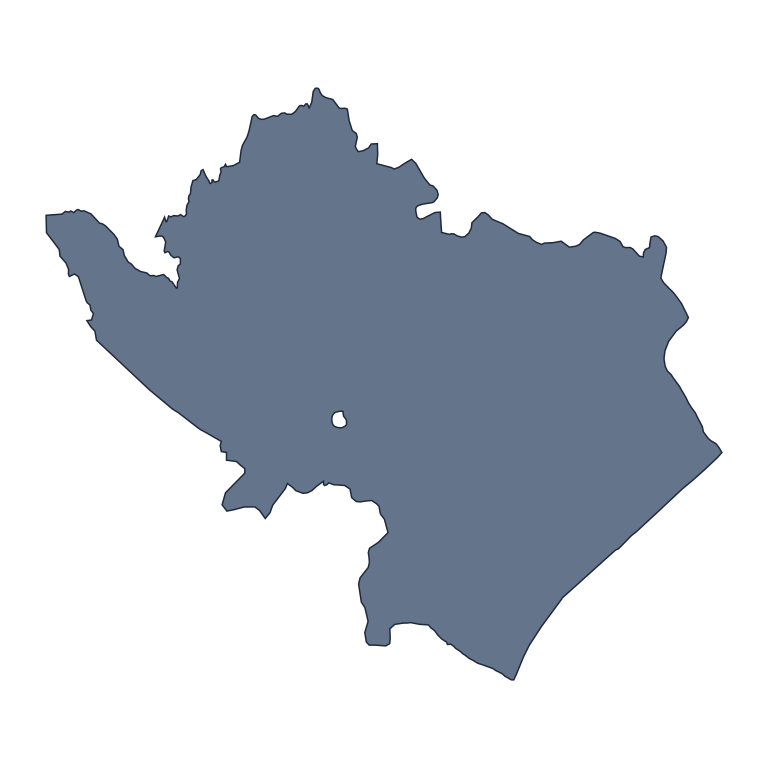 the district of Djugu, Orientale, Democratic Republic of the Congo
{"feature_id": "63176286B65133649587609", "entity_name": "Djugu", "entity_type": "district", "adm_level": 2, "iso_a3": "COD", "parent_name": "Democratic Republic of the Congo", "parent_adm1": "Orientale", "projection": "natural_earth1", "projection_center": [30.241, 1.883], "detail": "fine", "context": "isolated", "style": "filled", "palette": "slate", "viewbox_px": 768, "rotation_deg": 0, "n_neighbors": 0, "source": "geoboundaries", "source_scale": "gbopen_adm2", "svg_char_len": 5463}
<svg xmlns="http://www.w3.org/2000/svg" viewBox="0 0 768 768"><path d="M361.4,602.2L364.9,607.6L368.1,621.3L364.8,632.6L366.3,642.0L369.2,645.1L374.7,645.1L385.7,645.9L389.7,643.6L390.2,638.3L389.8,628.9L394.7,624.4L403.1,623.1L407.6,623.0L410.5,622.6L419.6,624.3L428.4,624.9L430.9,627.8L434.6,630.6L437.6,634.9L442.0,639.2L446.6,642.1L447.4,644.5L451.0,644.2L454.0,646.6L455.7,648.4L457.7,649.7L460.3,651.4L462.7,653.7L465.1,655.2L469.4,658.5L473.3,660.5L477.9,663.3L483.6,665.1L487.0,666.4L493.1,668.6L495.5,670.4L502.2,673.7L504.9,676.2L511.2,679.8L513.7,679.9L516.2,674.7L523.7,656.4L529.3,645.2L541.5,626.4L561.6,599.2L562.1,598.1L609.4,555.5L615.7,549.9L618.5,548.8L631.5,535.5L635.8,532.2L656.8,512.8L682.2,489.0L692.2,480.7L704.7,469.6L717.6,457.4L721.9,452.5L718.9,447.5L716.0,443.7L711.0,440.8L708.1,438.3L703.4,431.9L702.3,426.5L697.6,417.6L695.4,413.0L691.4,407.5L688.5,402.9L685.6,397.0L681.6,390.2L679.5,386.4L673.3,378.0L671.1,374.6L667.5,371.1L667.4,371.0L665.1,366.2L664.0,358.7L664.5,354.5L664.9,351.0L668.6,341.4L676.3,331.0L683.4,325.2L686.4,321.7L688.4,317.5L681.6,303.7L676.5,296.6L673.0,292.2L669.2,288.5L663.6,282.7L660.8,278.0L663.8,263.6L664.5,260.6L666.1,252.9L666.5,247.3L663.0,240.9L658.2,236.6L654.7,235.8L651.0,237.1L649.8,244.1L649.5,247.6L645.3,249.5L643.5,252.8L643.3,257.0L639.3,256.1L632.9,249.0L630.2,247.5L625.4,247.6L623.0,246.7L620.0,241.4L615.2,238.4L600.0,233.1L595.5,232.3L593.4,232.4L583.4,239.9L579.7,244.4L576.0,246.1L569.4,247.2L561.2,241.2L552.9,242.7L544.3,243.1L541.7,244.5L536.5,242.4L532.4,239.7L529.7,236.5L518.3,233.4L502.8,223.7L496.9,221.3L492.1,219.2L488.6,215.2L484.8,212.5L481.4,212.9L478.0,216.8L471.9,222.8L471.3,228.1L468.8,233.1L464.8,236.7L461.7,237.1L457.7,236.1L453.8,233.9L451.4,233.7L449.3,234.4L443.5,232.9L441.6,232.6L440.6,218.1L440.3,212.1L435.0,212.5L426.3,216.9L423.4,218.5L419.9,219.3L417.0,217.1L415.9,211.9L415.7,208.9L416.4,207.0L418.0,205.7L422.9,204.1L432.4,202.6L434.4,201.4L437.3,197.8L438.2,194.7L437.0,190.3L433.0,185.9L429.9,185.0L424.4,178.2L423.7,177.1L415.9,163.5L411.6,159.3L404.1,163.7L398.8,167.3L394.3,169.0L391.1,167.5L376.8,163.7L377.7,154.6L377.7,153.5L377.5,148.4L377.4,143.7L371.2,144.0L368.6,147.9L363.6,150.5L360.4,151.3L358.0,151.6L355.3,146.7L356.3,141.9L357.3,137.3L356.3,133.5L352.3,130.6L349.2,120.8L347.3,109.0L345.2,108.3L341.3,108.4L340.5,108.5L338.9,107.7L332.8,99.5L325.8,97.6L322.4,95.7L320.4,92.9L318.8,89.0L317.2,88.1L315.2,88.4L313.2,91.5L311.7,102.5L309.1,107.8L307.4,104.0L305.9,103.8L303.8,106.3L303.4,106.1L301.5,105.4L299.4,105.9L295.4,111.5L291.7,114.3L286.6,114.1L284.7,112.9L281.4,113.3L277.6,116.3L273.5,115.6L264.5,119.1L261.1,119.4L258.4,118.2L255.6,114.9L253.9,114.7L252.2,116.4L249.0,131.0L247.1,136.9L242.5,145.3L241.1,150.3L239.6,162.3L233.1,165.7L226.5,166.7L225.5,164.3L224.1,166.8L221.4,167.6L220.5,168.7L221.1,172.0L220.2,174.1L219.7,175.5L219.0,180.0L218.1,181.2L214.6,182.2L212.8,179.8L212.4,179.9L211.9,180.1L212.0,182.3L210.6,183.5L210.2,183.3L209.5,182.9L209.2,181.3L206.0,176.4L203.0,169.6L201.1,170.8L200.2,174.6L196.2,179.6L193.6,180.4L192.9,180.6L191.0,187.2L190.5,193.5L188.9,195.9L188.4,198.6L189.0,201.5L187.0,205.2L186.2,210.0L186.5,213.7L185.5,215.6L183.7,216.7L180.5,214.6L177.9,216.0L173.7,215.6L171.0,216.9L168.7,216.0L166.7,221.7L165.9,221.6L164.9,218.3L164.6,217.2L155.4,236.8L156.2,236.7L160.2,236.0L162.2,236.2L163.8,237.8L165.7,242.0L164.2,250.9L164.6,251.9L164.9,252.7L166.3,252.1L167.6,251.5L168.9,252.0L170.9,255.4L174.1,257.8L177.0,257.1L178.2,256.8L180.3,258.3L180.4,263.9L180.0,264.3L178.2,265.8L177.1,269.8L179.5,278.6L177.5,282.4L177.3,287.9L176.3,288.1L173.3,283.7L172.0,281.7L170.1,281.1L168.5,278.3L166.8,277.6L163.7,274.5L161.9,274.9L156.0,276.5L153.8,275.5L149.9,275.7L148.1,274.1L146.9,273.0L140.6,271.5L135.0,268.3L131.4,264.1L128.3,262.1L124.3,255.5L123.0,249.6L119.0,246.3L117.8,241.1L117.2,238.9L114.0,234.5L105.7,226.0L102.7,224.0L99.5,223.1L91.1,214.0L84.2,210.9L80.8,211.1L78.3,209.5L76.6,210.0L73.7,212.6L70.7,211.0L70.0,211.5L69.1,211.9L69.0,212.0L68.9,212.1L65.4,211.4L64.3,212.3L61.9,214.1L46.1,215.3L46.5,232.7L52.7,240.8L59.2,249.5L60.0,256.2L66.0,263.0L68.6,269.5L68.4,274.1L69.4,276.5L74.4,274.0L75.2,274.5L78.4,276.7L86.1,300.7L87.2,302.7L90.0,305.1L90.8,310.0L92.7,312.6L93.4,313.7L91.5,320.0L86.9,320.6L90.9,326.9L94.9,331.1L96.5,340.2L131.5,373.0L149.3,389.7L161.7,400.0L172.4,409.0L178.4,412.7L197.9,427.8L200.7,429.7L205.1,432.1L221.3,441.4L220.2,445.6L221.3,451.6L226.5,452.4L226.5,460.2L236.4,461.5L240.8,465.5L244.8,468.6L244.8,473.1L225.5,492.8L222.1,504.8L226.9,511.1L233.9,509.7L244.2,507.0L254.8,506.9L259.6,510.5L265.2,518.5L270.0,512.7L272.7,505.2L285.3,488.6L287.4,483.6L292.8,487.5L295.7,490.6L303.0,493.3L307.4,492.8L311.9,490.6L316.3,486.5L323.4,481.3L323.6,484.5L324.7,485.5L326.9,484.7L328.8,482.9L331.8,484.0L333.6,484.7L339.8,485.1L344.6,485.5L346.8,486.9L350.0,489.0L351.7,497.6L356.2,501.5L360.3,501.9L365.8,501.0L371.6,500.5L376.4,503.6L379.0,506.3L380.4,513.9L384.4,519.2L388.0,532.6L378.3,542.4L369.5,548.3L368.3,552.7L369.0,557.2L369.4,562.5L368.2,567.5L360.1,577.8L358.6,584.0L361.3,601.9L361.4,602.2ZM339.1,427.7L336.8,427.3L334.5,426.3L333.0,424.8L332.3,423.1L331.9,421.2L331.8,418.3L332.3,415.9L333.2,414.3L334.5,412.9L336.0,412.1L338.2,411.6L340.2,411.2L342.6,411.3L343.1,411.5L343.0,412.5L343.5,416.0L346.4,419.9L346.6,424.2L346.5,424.6L345.3,426.0L343.8,426.8L341.7,427.8L339.1,427.7Z" fill="#64748b" stroke="#1e293b" stroke-width="1.5"/></svg>